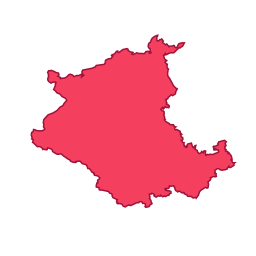 SVG path tracing the border of Bayern, rotated 167°
{"feature_id": "DEU-1591", "entity_name": "Bayern", "entity_type": "State", "adm_level": 1, "iso_a3": "DEU", "parent_name": "Germany", "parent_adm1": "", "projection": "natural_earth1", "projection_center": [10.676, 48.917], "detail": "fine", "context": "isolated", "style": "filled", "palette": "rose", "viewbox_px": 256, "rotation_deg": 167, "n_neighbors": 0, "source": "natural_earth", "source_scale": "10m", "svg_char_len": 5678}
<svg xmlns="http://www.w3.org/2000/svg" viewBox="0 0 256 256"><g transform="rotate(167 128 128)"><path d="M155.3,56.9L154.3,56.8L155.5,58.1L155.7,58.8L155.6,59.4L154.5,60.5L158.3,63.5L158.7,64.9L158.5,66.8L158.8,67.6L160.6,68.7L161.2,70.5L167.8,73.6L169.3,73.8L169.9,74.3L169.7,76.3L172.2,77.6L171.8,79.3L170.6,81.5L169.8,81.3L169.4,83.9L167.2,85.0L166.7,85.8L168.1,88.0L171.2,89.5L171.5,90.0L171.2,91.3L171.7,91.5L171.4,92.0L173.2,93.3L173.9,95.5L174.7,97.0L176.3,97.6L176.5,100.1L177.1,101.7L180.6,103.6L181.9,106.1L182.5,106.6L185.7,107.1L186.4,107.0L186.2,106.4L186.8,106.2L189.0,106.9L191.4,108.5L191.8,109.9L193.6,111.4L197.4,115.6L198.6,117.5L199.7,118.0L202.1,118.1L203.4,118.7L206.3,121.5L206.8,122.4L206.8,123.8L207.4,124.6L209.8,126.3L210.8,126.7L211.6,125.2L212.1,125.0L215.1,126.3L215.8,126.2L215.9,127.2L217.0,128.9L218.4,129.8L220.5,130.2L223.4,134.7L224.2,135.4L222.9,138.0L224.3,139.0L223.8,139.4L223.7,140.0L223.8,143.2L222.7,145.4L221.1,145.9L220.4,147.8L218.7,147.1L218.0,146.3L216.7,145.6L212.5,144.6L209.9,145.2L209.3,145.8L210.1,148.1L209.3,150.0L209.3,152.5L208.1,155.2L202.9,158.8L197.4,159.6L193.2,161.0L189.3,163.7L186.5,164.4L184.9,166.2L181.6,168.6L181.7,170.0L182.4,171.1L185.3,173.6L186.6,176.3L189.3,178.2L190.7,181.0L191.8,182.2L189.2,185.8L188.9,187.2L187.9,188.5L188.5,189.1L190.8,189.5L193.0,189.1L194.8,191.1L195.3,192.5L195.2,193.7L194.6,195.0L193.8,195.7L193.9,196.8L193.4,197.8L193.8,200.3L192.4,201.7L191.1,201.2L190.0,201.5L187.6,200.0L185.4,198.1L183.4,197.2L183.2,195.9L183.7,194.7L184.8,194.2L182.3,192.3L182.7,191.4L178.3,191.0L176.1,191.6L173.7,193.2L172.1,193.4L170.0,192.0L169.1,190.2L166.2,190.7L163.9,190.2L161.7,190.8L161.1,189.9L161.8,188.1L159.2,189.4L160.3,191.2L160.4,192.5L160.2,193.3L159.1,194.6L149.6,194.3L146.2,194.9L144.9,196.1L136.9,195.4L135.6,196.4L134.9,198.6L134.1,199.3L131.4,199.8L128.6,199.6L126.7,201.5L127.6,201.9L127.8,202.3L127.4,202.8L124.3,203.3L122.4,205.0L121.5,205.4L120.6,205.3L120.6,203.9L119.8,203.6L115.4,205.6L111.2,205.6L110.2,204.6L110.5,204.0L110.4,203.4L108.4,201.5L106.3,200.7L106.0,200.3L107.7,199.2L106.3,198.4L102.4,199.3L101.5,198.5L95.3,196.8L93.4,198.4L91.2,198.3L90.0,197.6L90.4,196.4L90.2,195.9L89.1,196.0L88.5,196.2L89.1,197.8L88.7,200.3L89.8,201.4L90.0,203.1L89.0,205.3L88.4,206.0L86.7,206.7L85.6,208.6L84.1,210.1L81.4,211.3L78.2,211.7L78.6,210.7L79.5,210.3L80.2,206.5L79.5,206.1L77.7,206.4L77.1,207.0L76.2,206.7L75.1,207.2L74.0,204.8L74.9,204.2L75.1,203.7L74.7,203.1L72.7,200.6L71.6,201.2L71.1,200.9L70.7,199.6L69.8,198.7L69.7,197.9L68.6,198.3L66.2,197.8L65.1,198.2L64.3,197.8L64.1,196.1L63.1,195.4L61.9,195.8L59.9,198.4L58.8,198.8L56.3,198.8L53.9,198.3L56.4,195.4L58.0,195.0L59.0,194.3L60.4,194.6L66.4,191.0L70.0,191.8L74.0,190.8L74.9,192.3L75.3,191.9L75.5,190.8L77.0,190.9L77.1,190.2L76.6,186.5L75.0,185.1L75.4,184.6L76.3,184.5L77.1,183.8L76.0,181.6L75.3,181.3L76.1,179.6L76.3,177.8L75.3,176.2L75.9,175.5L77.1,172.6L77.5,169.6L76.3,166.9L74.1,158.9L72.1,155.6L71.5,155.5L71.2,155.0L73.7,152.2L73.6,151.5L74.5,150.4L77.2,149.5L78.1,150.7L82.0,148.7L82.7,147.5L84.7,147.3L84.4,146.9L84.9,144.9L84.4,143.6L85.3,143.0L85.3,142.6L83.5,141.4L82.8,140.3L82.9,139.6L83.7,138.6L84.8,139.2L86.0,139.3L86.8,140.5L89.2,138.5L89.7,138.8L89.2,139.9L89.5,140.4L91.8,138.8L90.8,137.0L89.6,136.6L89.2,135.9L89.5,133.7L90.3,132.1L89.9,131.1L90.2,128.6L89.8,128.2L90.7,127.8L90.7,127.5L89.5,125.5L86.9,123.2L86.3,121.9L83.0,120.9L83.1,120.1L82.4,119.5L82.5,118.9L81.2,118.3L82.2,117.9L82.6,117.0L82.6,116.0L81.7,115.3L80.8,115.6L78.0,113.1L78.5,112.7L77.9,111.8L77.8,110.8L77.1,109.9L78.4,109.8L77.9,108.3L78.2,107.4L76.9,106.5L77.0,104.7L77.7,104.0L78.9,104.1L77.7,101.5L76.6,101.0L77.4,99.5L76.9,98.5L77.2,97.5L76.1,97.1L76.2,96.3L75.5,95.9L74.4,96.7L74.7,97.6L73.2,99.0L69.6,99.0L69.4,95.5L68.7,94.9L68.9,94.5L68.7,94.1L67.1,95.0L66.7,95.8L65.8,95.7L66.6,94.7L66.6,93.8L67.5,92.5L65.6,90.5L65.5,88.5L64.0,86.9L62.8,87.3L61.4,88.6L60.5,86.9L59.6,87.6L59.4,88.4L58.4,88.6L57.5,88.0L58.2,86.5L58.2,84.6L58.5,84.2L58.3,83.8L56.4,84.4L55.3,83.8L54.1,84.0L51.3,83.1L48.4,83.7L46.0,83.8L44.9,84.6L45.2,85.4L45.0,86.3L47.0,86.9L47.1,88.0L47.7,88.0L48.3,87.0L49.3,87.4L49.0,89.8L49.3,90.4L48.5,91.0L47.4,90.5L44.1,91.3L43.8,91.7L44.0,92.5L42.7,94.1L36.8,94.3L35.3,92.5L36.9,91.0L36.4,88.7L37.9,88.1L37.8,87.1L38.4,85.8L37.4,85.2L37.3,84.8L38.1,83.5L37.8,83.1L36.5,82.9L36.1,82.1L36.2,80.7L35.3,81.3L33.6,77.5L33.7,73.5L34.7,73.7L33.7,70.5L31.7,70.1L32.9,69.4L33.1,67.8L37.1,66.4L38.8,67.2L38.6,67.8L40.1,66.7L40.3,65.9L42.0,65.5L45.7,65.7L47.6,66.5L48.8,68.1L50.3,68.2L52.7,67.3L53.1,66.9L52.9,65.5L53.6,64.3L52.4,63.7L52.8,62.3L52.8,60.9L54.1,60.8L54.8,61.4L56.3,61.4L58.9,60.9L58.7,59.9L59.4,58.9L62.3,57.3L62.1,55.2L63.5,51.8L64.5,51.6L65.5,52.5L66.7,52.6L71.5,50.7L72.8,49.5L74.5,46.7L77.3,44.3L77.4,45.1L80.1,45.1L80.9,45.7L81.4,46.9L85.2,48.1L85.8,49.6L88.1,51.4L87.8,52.1L88.1,52.7L90.0,52.6L92.0,54.9L94.1,54.6L94.6,55.6L95.6,56.3L96.0,58.0L95.7,59.1L96.3,60.1L96.3,61.1L96.6,61.4L99.4,61.6L100.7,62.3L101.5,60.3L103.8,60.2L105.0,60.6L105.7,60.3L105.5,59.1L104.4,58.8L103.8,58.0L102.7,58.0L100.5,56.5L100.8,54.7L102.2,54.7L103.4,53.2L104.3,53.5L106.8,52.8L107.7,53.4L109.5,53.2L111.3,55.1L111.7,54.4L112.8,54.5L113.7,55.2L116.2,54.3L118.0,56.1L117.1,57.1L117.4,57.5L119.4,59.0L120.0,58.4L121.9,58.9L122.3,57.4L122.0,56.6L122.4,54.9L122.9,54.6L122.0,52.4L122.1,51.2L121.6,48.9L124.3,47.9L124.6,47.1L125.5,46.6L128.6,46.8L129.1,47.6L128.4,48.2L128.4,50.4L129.7,51.2L130.6,51.2L131.0,52.7L132.5,53.6L133.7,53.4L134.3,52.8L136.3,53.2L142.8,51.8L144.3,52.5L144.5,53.0L148.6,51.7L150.5,53.3L150.9,55.1L153.0,56.2L155.0,56.5L155.3,56.9Z" fill="#f43f5e" stroke="#9f1239" stroke-width="1.5"/></g></svg>